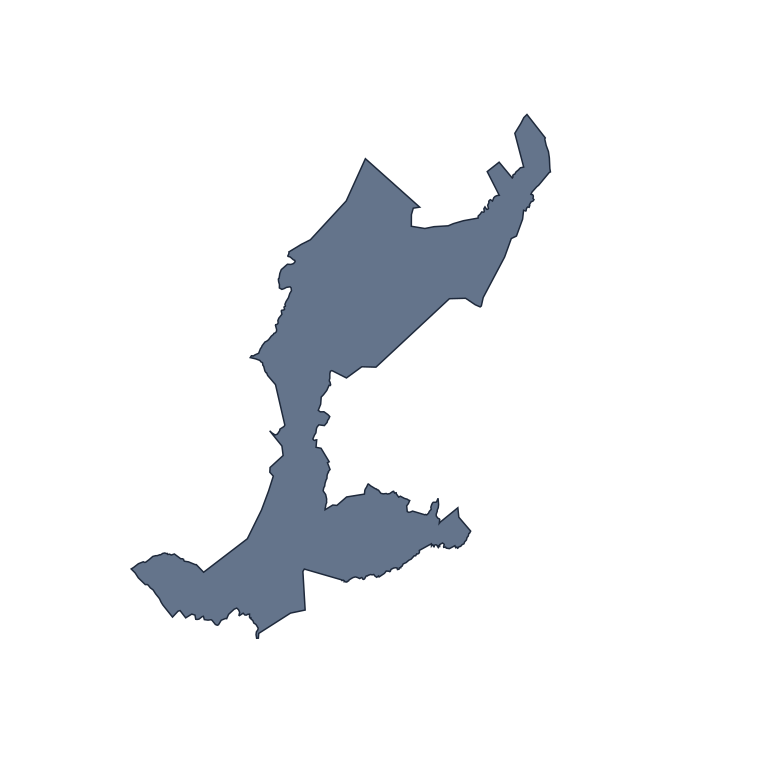 outline of San Juan Bautista Cuicatlán, Oaxaca, Mexico, rotated 208°
{"feature_id": "50627088B27189344444752", "entity_name": "San Juan Bautista Cuicatlán", "entity_type": "district", "adm_level": 2, "iso_a3": "MEX", "parent_name": "Mexico", "parent_adm1": "Oaxaca", "projection": "equal_earth", "projection_center": [-96.99, 17.726], "detail": "fine", "context": "isolated", "style": "filled", "palette": "slate", "viewbox_px": 768, "rotation_deg": 208, "n_neighbors": 0, "source": "geoboundaries", "source_scale": "gbopen_adm2", "svg_char_len": 6128}
<svg xmlns="http://www.w3.org/2000/svg" viewBox="0 0 768 768"><g transform="rotate(208 384 384)"><path d="M494.6,94.3L491.2,93.8L487.1,91.5L481.5,89.1L478.2,86.6L475.4,85.0L461.3,78.9L459.2,86.7L457.7,88.2L449.3,84.4L445.7,90.6L442.4,91.2L439.8,87.9L438.6,88.3L437.0,89.5L435.3,93.3L434.4,94.1L432.0,91.6L428.5,92.9L426.0,94.7L424.8,94.6L420.0,92.5L418.0,92.7L417.1,93.7L416.8,99.0L414.0,102.4L412.7,102.9L413.1,107.6L410.6,114.8L408.8,117.0L406.5,116.4L404.3,114.7L403.5,111.7L402.9,111.6L400.8,115.5L398.3,114.7L396.8,115.5L396.5,116.4L394.7,117.7L393.3,115.0L392.7,114.7L391.9,115.2L391.3,114.5L391.5,114.2L388.7,113.5L386.7,111.8L384.2,111.6L380.5,109.4L380.0,107.7L380.3,105.2L379.3,102.6L377.1,99.7L375.6,100.6L377.5,105.0L359.0,137.8L347.5,147.4L367.6,180.4L367.5,183.2L329.8,191.1L328.8,190.7L328.2,191.6L327.0,191.7L326.4,190.7L325.8,191.2L325.3,191.1L323.8,191.7L323.8,192.3L322.8,193.6L322.8,194.7L320.6,198.4L319.2,199.8L318.5,200.3L316.5,200.7L314.1,200.8L313.1,202.5L312.7,202.7L310.9,201.7L310.4,201.8L309.7,202.7L309.6,205.9L309.3,206.4L308.5,206.7L308.2,207.6L306.4,209.5L304.9,209.9L303.6,211.0L302.0,210.2L299.7,209.9L298.7,211.9L298.1,211.3L297.7,211.4L294.7,217.0L294.2,219.9L291.5,221.1L291.1,220.9L290.6,221.3L290.5,221.9L290.8,223.5L289.2,225.9L287.7,227.1L286.2,227.7L285.0,226.5L283.8,227.5L284.1,228.9L282.9,229.6L283.2,230.6L282.5,231.7L282.6,234.2L280.6,236.7L279.3,240.1L277.8,242.1L276.7,246.5L275.4,247.2L275.4,249.3L274.5,249.7L273.7,250.8L273.8,252.3L274.7,253.6L267.2,265.1L266.1,263.3L266.0,264.6L265.6,265.0L263.7,263.7L263.3,263.9L263.8,265.2L263.1,266.2L262.0,266.6L259.2,265.0L259.1,265.3L260.1,265.8L260.1,266.8L258.7,266.9L259.4,268.4L257.7,271.1L255.5,270.7L255.1,268.5L254.6,267.8L253.0,268.9L252.0,268.3L249.0,269.3L245.5,274.5L243.9,273.1L243.1,274.2L242.0,273.5L241.6,274.1L241.3,275.7L240.1,276.6L239.6,278.9L238.4,280.4L238.7,282.4L238.0,284.9L238.6,287.5L238.2,289.3L238.9,291.8L238.4,292.5L238.4,294.8L255.4,301.5L260.7,309.4L269.4,288.7L269.8,286.9L271.2,290.6L271.9,290.9L273.5,290.8L275.9,292.0L276.8,293.6L277.2,296.6L277.8,297.7L278.0,300.2L279.2,303.2L282.6,308.5L282.3,304.7L282.6,304.0L285.0,302.7L285.3,301.5L285.3,300.0L284.8,297.2L283.5,295.5L284.2,292.7L284.0,290.9L284.8,288.5L286.1,288.3L286.5,287.7L299.1,285.2L300.8,283.1L302.0,282.3L303.6,282.3L306.8,287.1L306.3,289.7L306.6,293.2L307.8,293.0L309.4,293.2L312.2,292.6L316.9,292.6L317.9,291.0L321.5,292.8L322.2,293.7L323.5,292.7L325.1,293.8L325.9,293.1L327.5,289.9L329.4,288.4L330.6,288.4L333.0,286.7L335.4,286.0L339.1,287.7L340.6,287.4L341.2,287.8L342.4,287.5L347.9,287.8L350.8,288.4L351.2,288.0L351.0,285.0L351.2,282.4L351.0,281.1L349.6,277.6L364.0,266.7L368.6,254.7L372.4,253.1L377.0,245.3L377.6,246.6L378.2,249.1L378.6,249.5L379.0,252.5L379.9,253.9L380.6,255.5L383.6,259.0L387.6,261.1L388.5,264.2L388.4,265.9L389.4,268.5L390.1,272.2L390.0,273.2L390.1,274.0L391.2,276.2L391.7,278.1L391.6,280.0L392.0,280.3L391.5,283.2L397.0,288.0L395.9,289.6L409.4,297.7L414.3,296.2L417.2,303.1L418.1,302.5L418.6,301.7L419.7,301.5L421.0,302.0L421.4,306.4L421.2,308.9L422.6,312.6L422.9,314.2L422.7,315.6L422.3,317.4L417.1,319.3L416.2,323.4L416.7,325.4L416.4,327.0L416.6,329.8L419.3,330.7L424.0,331.3L427.2,329.5L429.7,329.9L430.4,336.4L433.3,343.0L432.4,346.1L431.5,351.5L431.9,357.1L430.8,357.4L430.7,358.2L432.6,360.4L433.5,360.8L434.1,361.8L434.5,363.6L436.7,367.7L437.3,370.1L436.4,371.3L435.7,371.4L420.0,371.7L411.7,388.8L399.0,395.1L366.3,490.0L352.2,498.0L340.6,496.8L335.3,497.2L334.7,498.6L337.0,506.9L337.1,552.7L339.9,572.2L336.5,576.8L339.0,594.6L342.3,602.9L340.0,603.3L339.9,603.7L340.5,605.5L340.5,607.1L340.2,607.8L338.8,608.1L339.1,610.0L339.7,610.2L339.7,612.3L339.6,613.9L338.3,615.5L338.1,617.2L339.6,617.8L340.1,619.5L340.8,620.5L341.7,620.9L342.6,620.5L343.4,620.5L343.4,623.1L341.7,630.0L340.8,632.0L337.4,648.3L336.6,649.4L338.7,652.1L344.1,661.2L347.9,666.4L352.8,670.8L357.1,675.8L357.1,677.0L384.3,689.1L385.6,684.9L385.5,678.1L386.2,666.8L362.5,641.1L365.0,639.0L365.5,637.7L365.6,636.7L367.0,633.3L367.1,630.5L368.0,629.8L368.2,628.8L367.3,627.0L367.5,626.1L386.5,633.9L392.6,620.0L370.8,604.7L372.5,603.6L373.9,601.9L374.5,600.1L374.1,596.5L376.6,596.7L377.0,596.0L377.3,594.6L376.5,593.3L376.4,590.5L374.2,588.1L374.5,586.9L375.4,586.4L378.0,587.8L378.1,585.6L376.5,583.5L376.4,583.0L376.8,582.4L378.5,581.8L378.8,579.2L379.7,576.5L378.8,574.7L390.5,565.5L398.1,558.1L401.6,553.8L413.7,546.4L420.9,540.5L433.9,536.1L439.3,546.4L440.7,553.0L435.5,556.9L506.2,574.2L503.3,527.9L516.7,476.8L522.5,468.6L530.0,456.0L529.7,455.7L529.1,453.9L529.1,452.1L528.7,451.6L526.5,452.1L522.2,451.1L520.9,451.3L519.9,450.3L520.4,448.0L521.1,447.1L522.4,445.8L525.5,444.4L528.4,436.8L527.9,432.7L526.3,428.2L526.6,427.6L526.4,426.8L525.1,424.9L523.0,422.7L521.5,419.7L518.6,419.6L516.9,421.4L515.5,423.5L512.6,425.7L511.1,425.2L509.5,422.9L509.7,419.8L508.9,415.3L509.2,410.9L508.9,407.8L508.0,407.1L507.6,406.3L508.3,405.6L508.4,404.9L506.9,403.3L507.2,402.4L509.0,401.0L509.0,400.3L506.9,397.6L507.8,392.7L507.5,390.2L506.2,388.3L506.1,387.6L506.5,386.3L507.5,385.5L507.4,384.9L504.4,381.7L503.7,380.1L503.7,379.1L504.1,378.0L505.0,376.9L504.9,376.0L506.0,373.3L506.7,368.9L507.8,366.5L508.8,365.3L509.6,360.6L509.4,359.0L509.7,357.1L509.1,352.3L511.5,349.3L512.5,347.5L514.3,346.7L514.5,344.5L509.3,345.9L505.0,346.5L504.5,346.5L503.3,345.8L501.3,345.8L499.8,343.7L498.5,343.1L495.3,339.6L493.6,338.6L493.0,338.8L490.7,336.9L479.5,332.5L452.3,301.2L452.3,299.6L454.7,295.3L454.2,293.8L454.6,289.7L456.2,287.9L460.0,288.2L463.0,289.0L445.0,281.3L439.5,273.5L445.4,256.8L443.4,252.5L438.5,250.7L435.7,235.5L433.0,215.2L432.0,183.2L454.9,133.1L464.9,136.4L465.9,135.9L473.1,135.2L477.1,133.8L478.3,134.5L478.6,135.1L479.9,135.1L481.5,134.3L489.3,135.5L491.6,133.1L493.4,133.1L494.9,132.0L495.9,132.6L496.4,132.1L498.2,131.9L499.9,130.5L501.0,128.3L501.7,128.1L503.7,125.9L504.9,125.3L507.2,123.2L509.0,118.5L510.8,114.7L511.6,114.1L513.1,114.0L516.5,110.0L519.0,104.4L520.4,102.0L515.1,100.4L509.9,97.5L500.6,94.8L498.9,95.8L497.8,95.7L494.6,94.3Z" fill="#64748b" stroke="#1e293b" stroke-width="1.5"/></g></svg>